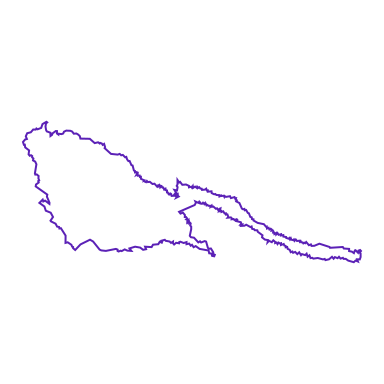 Huatusco, Veracruz, Mexico
{"feature_id": "50627088B83258114022778", "entity_name": "Huatusco", "entity_type": "district", "adm_level": 2, "iso_a3": "MEX", "parent_name": "Mexico", "parent_adm1": "Veracruz", "projection": "albers", "projection_center": [-96.897, 19.146], "detail": "fine", "context": "isolated", "style": "outline", "palette": "violet", "viewbox_px": 384, "rotation_deg": 0, "n_neighbors": 0, "source": "geoboundaries", "source_scale": "gbopen_adm2", "svg_char_len": 6030}
<svg xmlns="http://www.w3.org/2000/svg" viewBox="0 0 384 384"><path d="M39.4,202.9L44.4,206.5L45.8,210.7L50.7,212.7L53.0,217.0L50.5,220.7L51.0,221.4L55.6,223.7L57.1,226.6L59.1,227.0L59.4,228.5L60.9,228.2L65.6,235.6L65.5,242.9L67.7,242.3L71.4,244.8L72.1,246.6L73.1,247.0L73.1,248.2L75.2,250.0L80.5,244.4L90.0,239.7L93.1,241.5L99.6,249.6L101.3,250.4L105.9,250.9L115.9,248.9L117.6,249.6L117.6,251.0L118.6,251.5L120.6,250.7L121.7,251.1L124.7,249.4L127.3,250.6L131.4,250.9L129.5,248.4L135.1,246.7L140.2,247.6L143.1,249.8L146.1,249.2L145.1,246.7L151.6,247.1L153.0,244.7L158.3,244.2L159.7,241.8L161.8,242.7L162.2,241.7L161.5,240.7L164.8,239.8L165.7,240.8L169.6,241.5L171.0,242.9L173.0,241.6L172.9,243.1L174.1,244.5L176.1,242.8L179.1,243.3L179.2,242.1L180.3,241.7L183.7,243.0L186.5,242.1L186.5,244.2L189.2,243.6L190.7,245.7L192.0,244.8L193.6,247.2L195.7,246.1L199.6,248.9L208.6,250.5L209.2,253.3L211.4,253.5L212.1,255.9L214.2,256.3L214.8,254.8L213.4,254.2L213.2,252.2L210.9,248.5L208.9,248.7L207.9,247.9L206.1,241.6L204.7,241.1L201.1,242.5L200.0,241.3L198.3,242.4L194.0,237.7L190.9,237.2L189.8,235.8L191.2,229.2L191.2,226.6L190.2,225.5L190.7,223.4L190.0,222.7L189.2,223.3L189.0,221.6L188.3,222.2L188.4,220.6L187.3,221.9L187.4,219.5L186.3,219.3L187.1,218.4L186.0,217.0L184.8,217.0L184.9,215.0L182.9,212.6L180.5,213.6L179.1,211.8L194.7,205.0L195.9,202.7L195.4,201.5L198.3,202.8L199.1,201.8L199.6,203.0L200.2,202.6L200.7,203.6L202.0,203.8L203.0,202.7L203.9,203.7L204.9,203.0L204.9,204.2L205.9,203.8L206.5,205.4L207.5,204.9L208.4,205.8L210.4,205.8L210.4,206.8L211.7,205.5L212.1,206.8L213.3,206.5L215.9,208.8L217.0,208.3L218.0,209.8L219.3,209.0L219.0,210.5L220.2,209.4L219.8,211.2L221.2,210.9L221.4,212.0L223.2,211.3L224.6,213.5L225.9,213.3L226.0,214.6L227.4,214.4L228.3,216.8L227.6,217.7L230.9,217.4L231.8,218.3L231.6,219.3L233.6,219.0L234.4,220.0L236.7,219.2L237.3,219.9L236.3,221.1L240.8,222.2L241.3,223.4L240.4,224.7L242.2,224.5L241.3,225.9L244.5,225.7L246.2,224.7L250.5,227.1L251.6,226.5L252.2,228.9L254.1,229.2L254.7,230.2L257.3,230.3L257.8,231.8L262.5,235.3L262.0,237.3L264.9,239.6L268.0,240.1L267.6,242.3L269.0,240.8L271.8,242.2L273.3,240.3L275.3,242.0L275.2,243.0L276.6,242.5L277.5,244.1L278.6,242.6L279.8,243.5L281.0,243.2L281.0,245.0L283.7,244.0L284.3,245.5L285.6,245.9L285.7,247.3L287.2,247.0L287.7,248.9L289.7,249.8L290.7,252.2L292.4,251.5L293.1,252.8L295.2,251.9L297.3,254.1L299.2,252.3L301.0,255.2L301.9,254.1L305.2,255.1L306.6,253.7L307.6,256.7L309.4,255.3L310.5,258.1L312.3,257.8L313.3,258.6L317.8,258.0L323.0,259.4L324.7,258.9L325.4,260.1L329.0,259.3L332.0,256.8L333.6,258.7L334.9,257.1L337.6,258.2L339.0,256.8L340.5,258.6L342.9,257.8L343.6,258.9L345.8,258.9L348.2,260.6L353.8,262.2L355.6,260.5L357.9,261.5L357.1,259.3L359.8,259.4L360.6,257.0L360.6,253.6L359.7,252.7L361.0,251.0L360.1,250.0L358.5,250.6L358.0,252.7L355.5,250.2L354.9,250.4L353.9,253.1L351.8,251.6L349.1,251.1L349.1,248.9L343.8,248.5L342.8,247.0L330.0,247.8L329.6,247.0L319.4,243.7L314.3,245.8L311.5,245.9L310.9,244.4L308.9,245.2L306.2,242.0L305.2,243.2L304.4,242.7L303.3,243.4L302.6,242.4L301.2,242.3L300.6,241.0L299.8,241.8L299.3,240.7L297.0,241.0L295.8,239.5L294.5,240.9L293.9,239.4L293.0,240.1L291.4,239.7L290.8,238.2L290.0,239.4L289.4,238.0L288.6,238.7L286.2,237.9L286.1,237.0L283.4,236.6L283.3,235.1L280.9,235.5L281.0,234.2L278.6,234.8L277.6,233.2L276.3,234.4L276.3,232.9L274.4,234.0L274.2,232.7L273.1,232.6L273.4,231.3L272.7,230.3L271.4,230.7L271.6,229.4L270.7,228.7L269.4,229.5L268.6,227.8L267.0,228.5L266.8,226.5L266.0,226.7L263.9,224.2L257.7,222.9L253.5,220.5L253.5,219.3L252.0,219.1L251.7,217.3L250.3,216.9L248.9,213.3L247.8,212.9L246.1,210.0L244.8,210.3L244.4,208.9L243.1,209.3L241.9,208.6L239.4,203.0L236.2,201.4L236.8,200.3L235.6,199.6L236.0,198.2L235.1,198.3L234.5,197.1L230.9,198.1L230.0,196.2L225.9,196.9L224.6,196.0L224.3,196.7L223.9,195.7L221.6,196.0L220.6,194.7L220.9,195.8L219.4,196.5L219.2,195.1L216.4,195.0L215.3,194.0L214.2,194.3L211.7,193.1L211.5,191.3L207.8,191.7L207.8,190.4L206.9,190.5L206.2,188.7L205.1,189.6L202.0,189.9L201.7,188.7L200.4,188.6L199.2,187.2L198.3,187.8L197.3,186.8L197.0,188.1L195.1,186.6L193.1,187.9L192.8,186.1L191.9,187.6L191.3,186.7L189.0,187.3L189.0,185.9L186.0,184.5L182.3,184.8L180.1,181.9L179.2,182.5L177.5,180.0L177.5,184.4L176.7,185.9L177.6,187.1L177.0,190.4L174.4,189.9L176.9,193.9L177.7,193.7L177.9,195.8L178.7,196.5L176.3,197.7L177.1,196.3L175.1,195.9L175.7,194.8L174.8,193.9L173.3,195.8L171.6,195.9L171.2,194.2L169.7,194.5L169.9,193.6L168.5,193.9L167.8,192.5L167.0,192.4L167.0,190.5L165.8,190.2L165.5,188.7L164.2,189.6L163.3,187.5L162.5,187.6L161.7,186.3L160.5,187.2L160.6,186.1L159.5,186.3L160.1,185.7L159.5,185.0L158.8,186.2L158.1,185.4L157.2,186.7L154.5,183.7L152.5,184.0L149.8,181.8L147.9,182.1L146.9,181.0L146.1,182.2L144.8,181.6L144.6,180.5L143.9,180.8L144.1,180.3L140.9,178.8L140.9,176.8L139.9,176.9L139.7,175.6L137.8,175.7L137.7,174.1L136.5,174.8L137.4,173.0L136.7,173.1L136.6,172.1L135.0,172.4L135.0,171.0L133.9,170.5L132.6,165.5L131.4,165.1L129.6,161.0L128.4,161.1L127.1,159.4L126.3,156.9L125.2,157.3L122.8,154.9L121.2,155.3L119.7,153.9L117.7,154.6L111.0,153.9L104.6,148.1L105.1,147.1L104.1,143.9L102.7,144.9L101.8,143.5L100.2,142.9L99.7,143.5L98.1,142.3L94.7,143.1L89.8,138.8L80.4,138.6L79.8,136.1L78.1,134.5L76.4,133.5L73.8,133.7L72.1,131.5L70.4,130.8L66.3,130.6L64.0,131.7L63.2,133.5L61.6,134.1L58.3,133.7L58.3,134.5L56.9,133.5L57.0,131.1L55.8,131.0L52.5,133.4L52.1,134.8L50.5,136.0L50.4,132.7L46.8,131.4L46.1,130.1L45.5,126.6L46.0,123.5L47.2,122.4L46.4,121.8L42.5,124.1L41.2,127.9L37.6,129.3L36.4,128.5L35.7,129.6L33.2,129.5L30.8,132.3L27.2,133.2L25.8,136.3L26.9,139.0L25.1,139.5L23.0,142.0L23.9,144.8L24.8,144.7L25.2,147.4L29.1,150.4L28.6,154.4L29.8,155.8L31.0,155.2L32.2,156.0L32.1,157.3L33.4,158.5L33.0,160.4L35.2,161.6L36.4,164.3L34.9,173.4L35.3,174.6L36.7,174.4L38.6,176.0L38.4,178.3L39.2,180.4L38.2,181.1L38.7,182.5L36.0,184.5L35.7,186.4L47.3,194.6L46.9,196.6L49.5,202.8L49.4,203.9L45.1,200.6L43.3,201.5L42.7,199.6L39.4,202.9Z" fill="none" stroke="#5b21b6" stroke-width="2"/></svg>